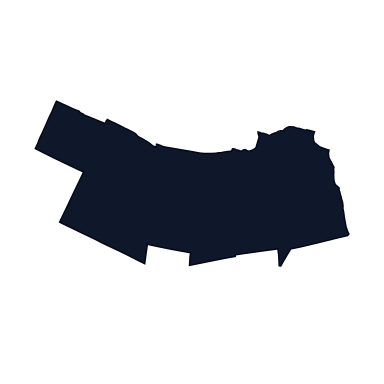 outline of Rojiste, Dolj, Romania, rotated 187°
{"feature_id": "2599482B74221959783433", "entity_name": "Rojiste", "entity_type": "district", "adm_level": 2, "iso_a3": "ROU", "parent_name": "Romania", "parent_adm1": "Dolj", "projection": "mercator", "projection_center": [23.915, 44.025], "detail": "fine", "context": "isolated", "style": "filled", "palette": "ink", "viewbox_px": 384, "rotation_deg": 187, "n_neighbors": 0, "source": "geoboundaries", "source_scale": "gbopen_adm2", "svg_char_len": 4300}
<svg xmlns="http://www.w3.org/2000/svg" viewBox="0 0 384 384"><g transform="rotate(187 192 192)"><path d="M337.6,265.6L337.7,265.4L339.2,260.6L341.0,254.1L342.8,249.0L343.6,246.4L345.1,241.2L347.8,232.4L349.7,226.9L351.1,221.2L352.8,216.0L348.1,214.3L339.5,211.2L331.4,208.4L308.3,200.6L302.1,198.7L302.9,195.9L305.2,189.1L308.4,179.7L311.0,171.9L314.3,161.9L317.9,151.4L319.7,146.0L316.3,144.7L306.1,141.3L298.3,138.6L283.6,133.7L273.8,130.1L257.0,124.6L250.0,122.2L242.3,119.4L237.1,117.5L230.2,115.1L230.2,118.1L230.1,125.9L230.0,130.0L230.0,132.3L230.0,134.7L227.2,134.4L218.0,133.6L205.9,132.7L185.9,131.5L186.1,128.1L185.9,125.1L185.7,122.5L185.5,118.9L151.2,130.3L141.3,133.3L141.4,134.9L133.6,137.1L127.1,138.8L113.3,142.5L99.8,146.0L98.3,140.0L97.0,132.7L96.5,129.4L94.9,129.4L92.5,135.3L90.0,141.0L87.0,147.6L77.7,150.7L60.2,157.2L44.3,163.3L32.1,167.8L31.2,169.4L33.1,172.5L34.9,176.4L37.1,183.3L37.9,186.1L38.8,189.7L39.6,192.2L40.1,193.7L40.3,194.8L40.3,195.4L40.4,196.5L41.2,199.7L42.1,202.0L42.9,203.6L43.3,205.2L44.2,207.0L45.2,209.7L46.3,212.1L46.4,212.9L46.4,213.4L46.7,214.1L46.9,214.4L47.8,214.9L49.0,215.8L49.9,216.3L50.6,216.8L51.3,217.9L52.3,220.2L52.9,222.5L53.2,224.5L53.6,226.9L53.6,228.6L53.8,229.8L54.0,230.6L54.2,231.4L54.2,232.1L54.2,233.0L54.1,233.5L54.3,234.2L55.3,235.5L56.2,236.8L56.8,237.8L57.5,239.0L58.5,239.9L59.2,241.1L59.9,242.2L60.3,243.0L60.6,243.9L60.8,244.8L61.1,245.9L61.3,246.8L61.3,247.8L61.2,248.8L61.2,249.6L61.1,250.3L63.1,250.6L64.9,251.0L67.2,251.5L70.0,252.2L71.3,252.7L71.9,253.0L72.7,253.6L73.6,254.2L75.1,255.1L76.0,255.5L76.4,256.1L76.9,256.6L77.4,257.7L77.8,258.7L78.1,260.5L78.3,261.3L78.5,263.1L78.3,263.8L78.1,264.8L78.0,265.7L77.7,266.7L83.5,267.5L84.5,267.6L85.1,267.7L85.9,267.7L86.3,267.4L86.4,267.0L91.3,267.8L93.3,268.2L94.1,268.2L94.8,268.1L95.1,268.1L95.7,268.1L96.3,268.3L97.0,268.5L97.9,268.7L98.2,268.9L98.7,268.9L99.3,268.9L99.8,268.9L101.4,268.8L102.2,268.7L102.7,268.7L103.0,268.7L103.3,268.6L103.6,268.6L103.8,268.5L105.3,267.7L106.0,267.2L107.4,266.1L107.7,265.6L108.1,265.2L108.5,264.7L108.7,264.4L108.9,264.2L109.2,263.9L109.5,263.7L110.1,263.6L110.5,263.6L111.4,263.6L111.8,263.4L112.2,263.3L112.5,263.2L112.9,263.1L113.3,262.9L113.9,262.6L114.1,262.4L114.4,262.1L114.6,261.9L114.9,261.6L115.2,261.5L115.3,261.4L116.5,260.8L117.3,260.5L118.1,260.1L118.7,259.7L119.6,259.2L120.5,258.6L121.4,257.8L121.8,257.5L122.0,257.4L122.4,257.5L122.9,257.7L124.2,258.1L125.6,258.5L126.1,258.5L127.4,258.8L128.3,258.9L129.7,258.9L130.6,258.9L130.9,259.0L131.1,259.1L131.4,259.2L131.6,259.2L131.8,259.2L132.0,259.4L132.4,259.5L133.0,259.5L133.5,259.6L133.8,259.6L133.7,259.1L133.6,258.5L133.2,257.3L132.9,256.7L132.5,256.0L132.2,255.3L132.2,254.5L132.2,253.8L132.7,251.0L133.1,248.5L133.5,246.3L133.7,244.5L134.3,243.2L135.8,242.0L137.2,240.9L138.7,240.2L139.4,239.7L140.6,239.5L141.0,239.4L141.7,239.6L142.2,239.7L143.0,239.9L143.6,240.4L144.1,240.5L144.7,240.5L145.2,240.3L145.6,240.2L146.1,240.0L146.6,239.7L147.1,239.3L147.5,238.9L147.7,238.7L148.0,238.6L148.3,238.6L148.5,238.6L149.0,238.6L149.3,238.6L149.7,238.8L150.0,238.9L150.3,238.9L150.7,239.0L151.7,239.2L152.2,239.2L152.9,239.1L153.4,239.3L154.1,239.7L155.1,239.8L156.0,240.0L156.6,240.0L157.0,239.8L157.2,239.3L157.4,238.4L157.8,237.7L158.4,237.2L159.5,237.0L160.1,236.8L161.6,236.5L165.5,235.4L168.1,234.5L170.7,234.1L173.2,233.3L176.8,232.7L183.3,231.9L184.6,231.7L185.8,231.7L187.0,231.6L188.0,231.6L191.4,231.7L194.0,231.9L199.4,232.2L201.4,232.3L202.0,232.3L220.7,233.2L223.2,233.3L225.0,233.4L227.2,233.8L229.0,234.4L232.3,235.1L233.0,235.1L233.0,232.3L234.8,232.5L235.7,232.7L236.2,232.9L237.3,233.5L239.4,234.8L241.2,235.8L242.7,236.5L243.6,237.0L244.4,237.2L244.9,237.4L245.5,237.8L247.1,238.5L248.7,239.1L250.1,239.6L251.1,240.0L251.8,240.3L252.4,240.6L252.9,240.9L253.6,241.5L254.3,242.2L255.4,243.1L257.9,244.2L260.7,245.2L264.3,246.5L266.5,247.1L267.9,247.7L270.0,248.5L274.5,250.1L276.8,250.9L280.5,252.0L283.1,253.0L284.8,253.6L284.8,253.2L285.2,252.8L285.5,252.7L285.7,252.3L286.0,251.2L286.5,249.4L291.5,250.7L298.8,252.7L305.7,254.6L308.0,255.1L308.7,255.5L309.4,256.0L310.9,256.6L312.5,257.0L313.8,258.3L314.8,258.8L316.0,258.9L320.7,260.2L325.5,261.8L330.6,263.4L334.6,264.7L337.6,265.6Z" fill="#0f172a" stroke="#020617" stroke-width="1.5"/></g></svg>